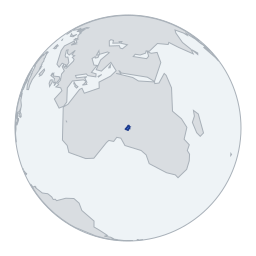 Mambéré-Kadéï on an orthographic globe, rotated 318°
{"feature_id": "CAF-801", "entity_name": "Mambéré-Kadéï", "entity_type": "Prefecture", "adm_level": 1, "iso_a3": "CAF", "parent_name": "Central African Republic", "parent_adm1": "", "projection": "orthographic", "projection_center": [15.964, 4.523], "detail": "fine", "context": "on_globe", "style": "filled", "palette": "blue", "viewbox_px": 256, "rotation_deg": 318, "n_neighbors": 0, "source": "natural_earth", "source_scale": "10m", "svg_char_len": 7546}
<svg xmlns="http://www.w3.org/2000/svg" viewBox="0 0 256 256"><g transform="rotate(318 128 128)"><circle cx="128" cy="128" r="113" fill="#eef3f6" stroke="#a8b0b8"/><path d="M88.8,22.4L90.0,22.0L87.3,23.0L84.5,24.1L84.2,24.2L88.8,22.4ZM58.1,39.7L59.7,38.4L63.2,35.9L65.9,34.1L69.8,31.6L71.5,30.6L75.8,28.3L75.9,28.5L73.7,30.1L70.1,32.2L69.0,33.1L73.0,31.1L67.0,35.6L64.0,39.7L62.4,41.1L58.1,43.1L56.6,42.4L51.0,46.4L55.3,43.9L51.2,47.9L50.8,48.8L51.5,48.7L53.3,47.3L52.0,48.9L47.3,51.6L48.4,50.2L49.9,49.2L49.1,49.2L45.9,51.7L44.0,53.9L41.1,56.4L39.7,58.1L38.3,59.8L40.7,56.8L36.4,62.5L35.4,63.9L40.4,57.2L45.8,51.0L51.8,45.1L58.1,39.7ZM17.5,106.3L18.1,104.2L16.9,110.7L18.2,105.0L17.8,108.3L19.8,109.0L19.3,110.4L20.8,118.9L24.4,123.2L25.2,128.2L24.6,131.1L26.3,132.3L26.3,134.2L34.8,138.6L40.6,144.2L41.4,151.1L38.5,158.4L40.5,174.4L36.5,178.8L38.5,185.2L40.8,194.0L38.0,192.6L42.0,197.5L43.0,200.0L42.1,199.8L44.7,203.0L44.1,202.8L46.4,205.2L49.7,208.9L53.6,212.5L56.4,214.9L49.3,208.6L42.8,201.7L36.9,194.3L31.7,186.4L22.2,166.5L20.6,161.9L20.1,160.4L17.9,151.6L16.3,142.6L15.5,133.5L15.4,124.4L16.1,115.3L17.5,106.3ZM22.9,87.5L22.3,89.1L22.9,87.5ZM75.5,28.4L74.7,28.8L75.5,28.4ZM77.3,27.4L77.2,27.5L76.4,27.9L77.3,27.4ZM81.2,25.5L78.4,26.9L78.2,27.0L81.2,25.5ZM94.8,20.6L96.6,19.9L94.8,20.6ZM103.2,18.1L101.0,18.7L100.4,18.9L98.9,19.3L99.9,18.9L103.2,18.1ZM105.8,17.6L105.3,17.7L105.1,17.7L105.5,17.6L105.8,17.6ZM107.7,17.2L107.0,17.3L106.7,17.4L107.7,17.2ZM111.8,16.6L107.6,17.3L106.0,17.6L110.2,16.8L111.8,16.6ZM60.6,218.3L63.7,220.4L64.5,221.0L60.6,218.3ZM60.2,217.5L59.8,216.9L60.8,217.5L61.2,218.1L60.2,217.5ZM233.0,87.3L234.0,90.1L235.6,94.8L239.0,108.7L239.4,111.3L238.9,108.8L237.0,102.8L238.4,111.0L240.0,117.7L240.6,125.7L240.2,123.3L239.3,116.3L238.6,113.9L237.5,106.8L234.5,96.6L234.0,98.7L232.8,94.6L228.5,86.6L227.1,89.5L225.7,100.9L227.5,111.7L226.1,116.6L219.4,101.6L215.6,91.7L213.7,92.8L206.4,84.9L195.1,85.2L193.1,82.8L191.1,84.1L185.9,81.9L182.7,78.0L179.7,78.4L188.2,88.9L191.4,88.5L193.4,84.1L195.2,88.0L200.2,91.3L196.2,101.3L178.8,111.1L176.4,103.2L159.8,82.6L160.0,80.3L159.9,80.0L159.6,79.6L158.8,83.4L155.7,79.5L165.3,93.6L167.2,100.0L178.6,111.6L177.6,112.9L181.1,115.3L191.4,111.7L191.6,114.4L187.2,127.3L172.3,145.3L173.9,156.9L172.2,166.9L162.2,173.9L162.3,181.5L157.0,184.4L156.2,188.7L151.5,193.4L143.9,198.0L131.9,198.4L131.8,194.5L126.7,187.0L119.9,168.7L123.5,160.1L122.7,153.5L114.0,139.0L115.9,130.8L113.4,127.4L108.4,128.4L105.4,124.4L102.3,124.4L82.4,127.6L76.1,122.4L67.7,106.6L71.1,100.3L71.2,93.1L93.9,69.1L99.3,70.2L117.9,66.9L120.4,67.7L118.8,72.9L133.3,79.1L137.2,74.5L149.7,77.8L157.5,77.5L159.2,67.7L146.3,67.9L143.4,63.4L153.2,59.1L164.4,59.5L163.7,57.8L156.0,54.1L158.1,51.1L153.3,52.7L155.7,54.3L152.8,55.5L150.5,54.1L151.3,53.0L147.8,52.3L144.8,58.4L146.9,60.8L138.0,62.2L140.5,66.4L138.3,68.5L133.2,62.2L133.2,59.9L124.1,53.8L123.2,56.2L131.8,62.4L129.4,61.9L128.2,65.9L127.2,62.5L118.1,55.8L109.7,57.6L99.9,67.7L94.8,68.8L90.1,67.1L92.7,57.2L103.8,56.1L104.9,53.1L101.9,49.2L105.5,49.3L105.6,47.7L109.8,47.3L114.8,43.4L118.9,42.9L120.1,38.5L122.4,37.8L121.0,40.5L122.2,42.3L132.2,41.8L133.9,40.9L133.9,38.2L136.7,38.6L135.4,36.1L140.8,35.0L133.1,34.4L132.9,31.8L135.8,29.8L134.3,29.0L129.7,32.2L129.1,33.7L130.8,35.1L127.9,39.7L124.6,40.7L122.4,35.8L117.5,36.7L117.9,33.0L130.2,25.7L135.7,24.5L146.3,27.4L145.5,28.8L141.2,28.3L145.8,30.9L145.1,29.6L147.4,30.1L147.8,28.2L149.4,28.5L147.0,26.4L149.1,26.5L150.6,27.9L152.9,25.8L156.9,26.0L156.7,25.5L155.2,24.8L161.4,25.8L160.9,25.4L158.7,24.8L156.3,23.6L154.6,22.1L156.8,22.6L157.7,23.2L163.0,25.3L165.2,27.2L165.9,27.3L164.6,25.8L158.1,23.1L156.4,22.1L159.6,23.1L158.3,22.7L158.2,22.3L160.1,22.5L156.6,21.3L152.0,18.3L155.3,18.8L158.7,19.8L158.0,19.4L165.7,21.9L173.2,24.8L180.5,28.3L187.5,32.4L194.2,36.9L200.5,41.8L206.5,47.2L212.1,53.1L217.2,59.3L221.9,65.8L226.1,72.7L229.8,79.9L233.0,87.3ZM86.9,80.9L86.4,83.0L86.9,80.9ZM176.9,65.4L183.2,65.7L179.2,59.9L181.3,59.6L179.2,57.9L178.9,59.5L173.5,54.8L175.8,53.2L174.4,50.9L172.3,50.8L169.0,54.6L176.6,61.0L175.7,63.4L176.9,65.4ZM19.9,108.9L20.0,110.3L19.6,110.2L19.9,108.9ZM22.0,93.3L22.2,94.1L21.6,94.4L22.0,93.3ZM22.1,89.9L21.8,93.0L20.7,94.4L21.1,92.6L21.3,92.3L22.1,89.9ZM51.5,47.7L51.8,47.6L52.1,47.9L51.2,48.5L51.5,47.7ZM58.0,45.9L55.8,48.5L56.7,46.9L55.1,48.0L54.9,46.2L61.6,41.7L58.6,43.9L58.0,45.9ZM56.6,43.0L55.9,44.4L56.4,43.1L56.6,43.0ZM102.3,40.5L103.9,41.3L102.7,43.1L97.5,44.7L99.3,42.0L102.3,40.5ZM106.5,42.1L105.8,37.4L108.9,36.5L107.3,37.7L109.5,37.6L107.4,39.6L111.2,43.8L110.3,45.8L101.3,47.1L104.7,45.4L102.9,44.6L106.5,42.1ZM98.2,29.8L97.9,28.5L105.2,28.1L104.6,29.4L99.4,30.8L97.1,30.2L98.2,29.8ZM84.8,24.2L84.2,24.4L85.1,24.0L86.4,23.6L84.8,24.2ZM96.3,19.9L97.1,19.7L94.9,20.3L96.8,19.8L93.5,20.8L94.7,20.6L88.3,23.4L87.3,23.7L84.7,25.5L81.1,26.9L82.9,25.6L78.2,28.2L78.4,27.7L75.5,29.5L79.8,26.4L81.2,25.9L84.5,24.5L85.9,23.9L89.9,22.1L91.2,21.6L96.3,19.9ZM119.5,17.5L116.7,17.6L119.9,18.2L116.7,18.6L117.3,18.6L115.2,19.3L113.7,20.2L112.1,20.4L112.2,20.7L110.8,21.3L110.4,21.9L107.4,22.4L106.7,23.2L105.7,23.1L105.2,24.4L104.2,23.7L102.3,24.6L104.3,24.8L89.3,27.9L83.8,30.3L79.7,32.9L78.6,31.8L81.7,28.9L87.0,25.7L92.5,23.7L91.0,23.8L93.2,22.9L93.4,23.2L94.3,22.3L96.2,21.7L100.8,19.9L101.0,19.2L102.7,18.7L103.6,18.7L104.7,18.2L107.5,17.9L108.8,17.5L112.8,17.1L113.8,17.5L115.2,17.2L118.3,17.0L119.5,17.5ZM112.9,16.5L114.7,16.5L113.9,16.9L107.2,17.6L105.6,17.9L101.3,18.7L102.6,18.3L103.7,18.0L105.1,17.7L104.1,18.0L106.0,17.6L107.6,17.3L109.4,17.0L109.5,17.1L112.9,16.5ZM122.8,65.6L124.6,65.8L127.3,65.5L126.6,68.1L122.8,65.6ZM116.4,61.1L118.0,60.7L118.4,63.9L116.5,63.9L116.4,61.1ZM118.6,57.9L118.1,60.4L117.2,59.0L118.6,57.9ZM122.4,40.1L124.1,39.7L124.4,40.3L123.6,41.4L122.4,40.1ZM128.5,20.7L127.1,20.4L127.5,20.2L126.1,19.1L128.3,18.9L130.1,19.5L128.5,20.7ZM157.2,69.4L155.1,71.3L153.9,70.4L154.8,69.9L157.2,69.4ZM140.3,69.6L144.3,70.7L140.1,70.3L140.3,69.6ZM130.8,20.3L129.9,19.9L131.6,20.1L130.8,20.3ZM130.0,18.8L131.9,18.9L128.5,18.8L130.0,18.8ZM187.4,215.8L187.2,217.0L185.9,217.2L187.4,215.8ZM189.6,164.6L180.8,182.2L176.1,182.5L175.9,177.5L179.6,166.9L185.3,163.6L188.4,158.7L189.6,164.6ZM239.8,141.5L239.9,141.3L239.8,141.5ZM240.1,139.1L240.1,134.2L238.2,118.9L238.9,119.0L240.6,128.1L240.5,129.8L240.5,133.4L240.1,139.1ZM227.9,112.7L230.0,119.0L229.0,120.1L227.9,112.7ZM149.2,20.2L148.6,21.7L149.7,23.1L152.7,24.2L148.2,23.4L146.5,21.3L149.2,20.2ZM151.4,18.4L148.8,17.8L150.0,17.9L150.8,18.1L151.4,18.4ZM149.7,18.1L146.3,17.7L144.9,17.3L147.9,17.7L149.7,18.1ZM138.6,18.4L138.2,18.7L136.9,18.5L138.6,18.4Z" fill="#d9dde1" stroke="#a8b0b8" stroke-width="1"/><path d="M126.3,128.8L126.3,128.7L126.2,128.5L126.2,128.4L126.1,128.2L125.7,128.0L125.6,127.9L125.5,127.7L125.5,127.4L125.5,127.2L125.4,127.1L125.5,127.0L125.8,127.1L126.0,127.0L126.3,127.1L126.7,127.1L126.8,127.0L127.1,127.0L127.3,127.0L127.5,127.0L127.4,126.8L127.4,126.7L127.5,126.7L127.7,126.8L127.9,126.9L128.0,126.8L129.1,126.5L129.4,126.3L129.5,126.3L129.8,126.3L130.1,126.5L130.3,126.7L130.3,126.8L130.2,126.8L130.1,127.0L129.8,127.3L129.7,127.3L129.7,127.6L129.9,128.0L130.0,128.0L130.1,128.3L129.8,128.2L129.7,128.2L129.7,128.3L129.5,128.5L129.4,128.5L129.2,128.8L129.2,129.0L129.0,129.3L128.9,129.4L128.8,129.2L128.7,129.2L128.3,129.1L128.2,129.0L127.9,129.1L127.5,129.2L127.3,129.3L127.2,129.5L126.9,129.5L126.6,129.7L126.4,129.5L126.3,129.3L126.2,129.0L126.3,129.0L126.4,128.9L126.5,128.9L126.4,128.9L126.3,128.8Z" fill="#3b82f6" stroke="#1e3a8a" stroke-width="1.5"/></g></svg>